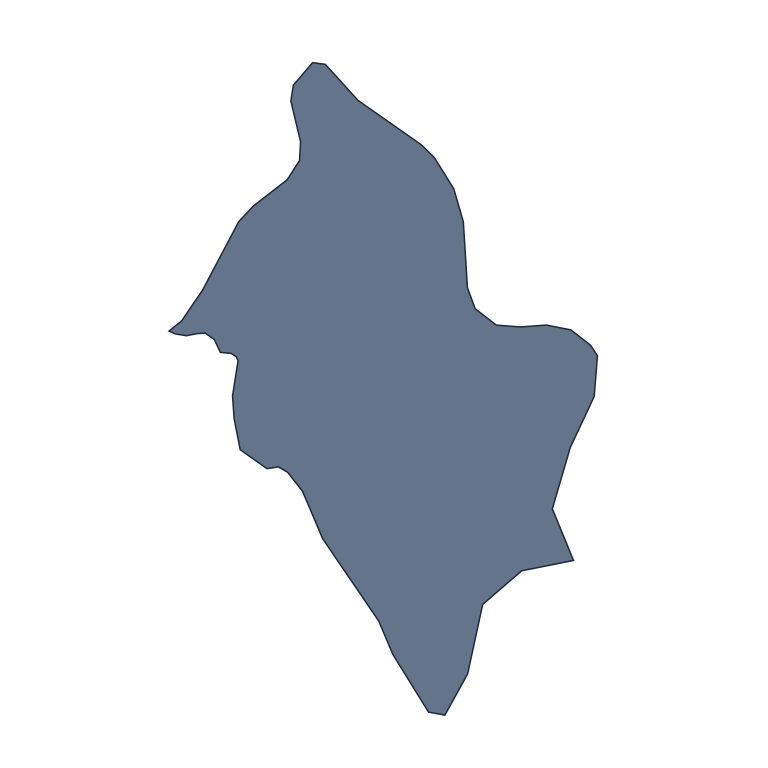 outline of Ormož, rotated 227°
{"feature_id": "SVN-1047", "entity_name": "Ormož", "entity_type": "Municipality", "adm_level": 1, "iso_a3": "SVN", "parent_name": "Slovenia", "parent_adm1": "", "projection": "robinson", "projection_center": [16.169, 46.439], "detail": "fine", "context": "isolated", "style": "filled", "palette": "slate", "viewbox_px": 768, "rotation_deg": 227, "n_neighbors": 0, "source": "natural_earth", "source_scale": "10m", "svg_char_len": 843}
<svg xmlns="http://www.w3.org/2000/svg" viewBox="0 0 768 768"><g transform="rotate(227 384 384)"><path d="M569.3,262.8L568.2,279.1L576.4,315.4L601.8,388.4L603.3,409.9L599.4,452.6L605.1,474.7L618.1,488.2L654.5,508.9L664.4,521.5L667.0,544.5L667.7,551.0L657.8,559.1L609.1,558.4L533.1,574.5L515.0,575.2L479.0,568.1L448.6,552.7L397.5,510.7L376.8,502.0L350.5,506.3L332.7,522.7L316.4,542.9L296.1,557.6L271.2,561.5L259.0,559.3L231.5,529.2L210.6,477.1L177.9,422.0L125.7,402.3L153.5,357.3L155.5,305.9L114.9,247.4L100.3,202.7L113.6,192.8L180.0,206.0L214.3,218.5L312.6,233.6L361.3,251.3L385.1,253.3L395.3,250.3L401.9,240.7L434.0,234.0L461.1,250.9L478.7,265.2L500.5,293.1L504.8,294.5L510.4,293.2L518.7,285.9L532.2,290.2L543.1,288.0L548.4,281.5L554.0,272.5L562.6,265.8L568.2,263.3L569.3,262.8Z" fill="#64748b" stroke="#1e293b" stroke-width="1.5"/></g></svg>